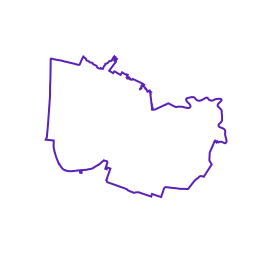 Wijdemeren, Noord-Holland, Netherlands (orthographic projection), rotated 111°
{"feature_id": "6326949B52829064558657", "entity_name": "Wijdemeren", "entity_type": "district", "adm_level": 2, "iso_a3": "NLD", "parent_name": "Netherlands", "parent_adm1": "Noord-Holland", "projection": "orthographic", "projection_center": [5.063, 52.226], "detail": "fine", "context": "isolated", "style": "outline", "palette": "violet", "viewbox_px": 256, "rotation_deg": 111, "n_neighbors": 0, "source": "geoboundaries", "source_scale": "gbopen_adm2", "svg_char_len": 5280}
<svg xmlns="http://www.w3.org/2000/svg" viewBox="0 0 256 256"><g transform="rotate(111 128 128)"><path d="M168.4,200.6L166.3,192.9L169.7,191.6L170.9,191.3L173.3,190.1L176.4,188.1L180.7,184.8L182.6,183.1L185.5,180.4L185.4,180.4L188.3,176.5L189.3,174.9L189.6,174.2L189.9,172.9L190.0,171.3L189.9,171.3L189.9,169.7L189.8,168.5L189.4,167.8L189.1,166.6L188.5,165.1L186.7,161.6L185.2,158.7L184.7,157.7L186.7,156.8L186.5,156.4L186.8,156.3L186.6,155.3L186.0,155.5L186.2,156.2L185.6,156.4L185.3,155.7L184.2,156.0L184.2,156.5L183.5,155.4L182.6,153.2L181.8,151.7L180.6,149.9L179.7,148.3L178.4,146.7L178.2,146.3L177.4,146.0L173.7,143.1L173.1,142.7L172.6,142.3L172.7,142.1L171.2,141.2L170.2,140.8L166.8,138.9L166.9,138.5L166.9,137.5L166.7,136.8L166.6,135.8L166.6,135.7L167.6,134.8L174.2,134.6L174.2,133.1L172.3,133.1L172.2,129.9L182.5,129.6L182.7,129.4L184.4,129.6L184.4,129.4L186.0,128.1L185.5,107.3L185.6,107.1L186.1,106.2L186.2,105.9L186.2,105.1L186.4,103.2L186.3,101.8L186.4,100.3L186.4,99.1L185.5,98.0L184.3,95.4L184.2,95.1L184.0,89.7L183.9,87.4L183.7,81.8L180.9,81.9L180.9,78.9L180.6,72.3L171.6,72.7L171.3,72.7L170.8,72.5L170.2,72.2L169.8,71.7L169.5,71.1L168.7,67.6L167.0,61.5L166.4,58.5L165.7,56.6L165.4,55.5L164.9,54.3L164.7,53.5L164.3,52.5L163.6,50.4L163.5,50.2L163.3,50.0L155.0,47.5L152.8,46.7L151.6,46.1L149.3,44.5L148.7,44.4L147.8,43.9L147.1,43.3L146.8,42.8L146.6,42.4L146.5,41.8L146.4,41.0L146.4,39.8L132.1,36.8L129.0,40.5L121.6,42.9L109.2,42.4L108.5,42.1L108.4,41.9L108.7,41.5L109.1,41.2L108.9,40.9L109.7,40.3L109.8,40.3L109.9,40.1L109.5,39.9L108.4,39.6L108.5,39.2L109.0,38.4L108.2,37.6L107.9,37.1L107.6,36.6L107.4,36.0L107.4,35.1L107.5,32.5L107.5,31.9L107.3,31.7L107.0,31.5L106.0,31.2L105.3,31.1L104.6,31.4L103.5,32.1L99.9,34.7L98.8,35.2L96.3,36.0L95.9,36.2L95.5,36.6L95.2,36.9L94.8,37.5L94.5,38.2L94.4,38.7L94.3,39.6L94.3,41.3L94.3,42.7L94.2,43.2L93.9,43.9L93.2,44.4L92.6,44.5L91.9,44.5L89.1,43.2L88.3,43.0L87.7,42.9L86.6,43.1L85.0,43.8L83.2,44.4L79.8,46.2L78.7,46.5L77.9,47.1L77.4,47.8L76.3,50.1L76.0,50.7L75.7,51.8L75.3,52.2L74.6,52.5L73.7,52.5L73.1,52.4L69.5,50.8L68.9,50.6L68.5,50.6L68.1,50.8L67.8,51.2L67.7,51.9L68.1,53.4L68.3,54.0L69.1,55.6L69.7,56.6L70.1,57.1L71.5,58.3L72.0,58.8L72.4,59.4L72.5,59.9L72.6,60.4L72.7,61.0L72.6,61.8L72.6,62.3L72.4,62.8L72.2,63.2L71.4,64.5L71.3,64.9L71.4,65.3L71.7,65.8L72.2,66.4L75.0,68.7L75.8,69.5L76.7,70.6L77.0,71.2L77.2,71.8L77.4,72.4L77.4,72.9L77.2,74.2L76.8,75.1L75.9,76.4L75.8,76.8L75.7,77.2L75.7,77.8L75.9,78.5L76.2,79.2L76.5,79.9L77.7,81.7L79.2,83.7L79.6,84.0L80.4,84.0L80.9,83.8L81.3,83.4L82.2,82.3L82.7,81.4L83.3,79.7L83.6,79.2L84.1,78.4L84.8,77.8L85.4,77.4L85.8,77.4L86.1,77.4L86.8,77.8L87.6,78.6L87.9,79.1L88.1,79.6L88.2,80.2L88.2,81.3L88.6,82.9L88.6,83.8L88.6,84.3L88.8,85.1L89.5,87.2L89.9,88.5L91.0,90.1L91.3,90.7L91.3,91.2L91.2,93.2L90.5,99.1L90.6,99.3L91.2,99.9L92.3,101.0L93.0,101.3L93.6,102.2L94.2,102.8L100.9,109.2L101.5,110.2L101.8,111.0L102.1,111.3L102.3,112.1L102.1,112.3L101.4,111.7L100.9,112.1L100.4,112.3L100.8,112.7L98.1,114.1L97.9,113.9L97.5,114.4L97.1,114.7L96.9,114.5L96.5,114.8L96.4,115.0L88.5,119.2L88.2,119.0L87.9,119.5L87.1,119.9L86.3,119.4L86.0,120.7L85.2,121.1L85.4,121.5L86.0,121.6L85.8,121.9L87.1,122.8L86.7,123.4L86.0,123.9L85.5,124.5L85.6,124.8L85.2,125.8L84.7,125.6L84.3,126.6L83.8,127.3L83.6,127.8L83.7,128.1L83.4,128.6L81.8,128.4L81.7,129.3L81.9,129.3L86.6,130.4L86.6,130.0L87.5,130.5L87.3,130.8L86.6,130.5L84.0,129.9L83.9,130.5L81.4,130.0L81.3,131.3L81.2,132.0L80.5,141.1L81.2,141.3L81.5,141.6L81.8,142.6L81.8,142.9L81.6,143.1L81.8,143.2L81.7,143.7L81.4,144.0L81.6,144.9L80.4,145.0L80.4,145.6L80.5,145.9L80.0,146.0L81.7,146.1L81.9,146.3L82.0,146.4L81.9,146.5L81.3,146.5L81.5,146.6L81.4,147.3L78.5,147.2L78.4,148.2L79.0,148.2L79.0,148.6L78.9,149.2L78.9,149.8L78.4,152.1L78.4,152.3L78.3,152.7L78.1,153.5L81.1,154.0L80.5,157.8L80.5,158.0L80.4,158.1L80.0,161.0L82.1,161.5L81.9,162.8L81.3,166.1L70.7,163.1L70.3,163.1L70.2,164.2L69.8,164.2L69.7,164.9L69.4,164.9L69.4,164.7L68.1,164.6L68.2,163.3L67.4,163.1L67.2,164.2L67.2,164.9L67.2,165.1L67.3,165.2L67.8,165.1L67.8,165.5L67.8,166.2L67.4,165.9L66.7,165.5L66.3,165.4L66.3,165.5L66.8,165.7L67.2,165.9L67.2,166.0L67.4,166.3L67.7,166.7L66.2,166.2L66.0,166.5L67.5,167.0L67.9,166.9L68.2,167.0L70.4,167.1L70.8,167.3L71.1,167.5L72.0,168.9L72.7,169.4L72.7,169.6L73.1,169.6L73.5,169.7L73.9,169.9L74.3,170.2L74.6,170.3L75.2,170.8L75.7,171.6L76.4,171.7L76.4,171.9L76.5,172.1L76.9,171.9L78.3,172.2L79.0,172.6L79.5,172.6L81.8,172.7L81.8,172.9L82.1,173.7L81.8,175.0L82.4,175.1L82.8,176.5L82.8,177.0L82.8,177.4L82.6,178.1L82.5,178.4L82.2,178.8L81.4,179.5L81.2,180.0L81.1,180.4L81.0,183.0L80.9,183.3L80.7,183.7L80.2,184.3L80.0,184.6L80.0,185.0L80.1,185.8L80.4,186.7L80.4,187.1L80.3,187.5L80.0,188.0L79.8,188.4L79.7,191.0L79.3,191.5L78.6,191.8L78.3,192.2L78.2,192.5L77.9,194.3L77.7,194.7L77.2,195.0L77.2,195.3L80.9,195.7L82.5,195.7L86.2,195.9L86.7,196.5L86.8,196.8L87.1,199.5L87.5,202.9L88.2,208.1L88.2,209.0L88.4,209.7L88.6,210.8L89.0,214.7L89.3,216.2L90.1,219.9L90.3,222.0L90.7,224.3L90.8,224.7L91.0,224.9L92.3,224.5L105.4,219.7L112.9,217.0L114.1,216.7L114.7,216.4L115.3,216.3L117.3,215.5L119.2,214.9L119.5,214.7L123.1,213.4L123.9,213.1L126.9,212.0L155.6,203.3L158.7,202.4L159.6,202.2L165.4,200.5L168.4,200.6Z" fill="none" stroke="#5b21b6" stroke-width="2"/></g></svg>